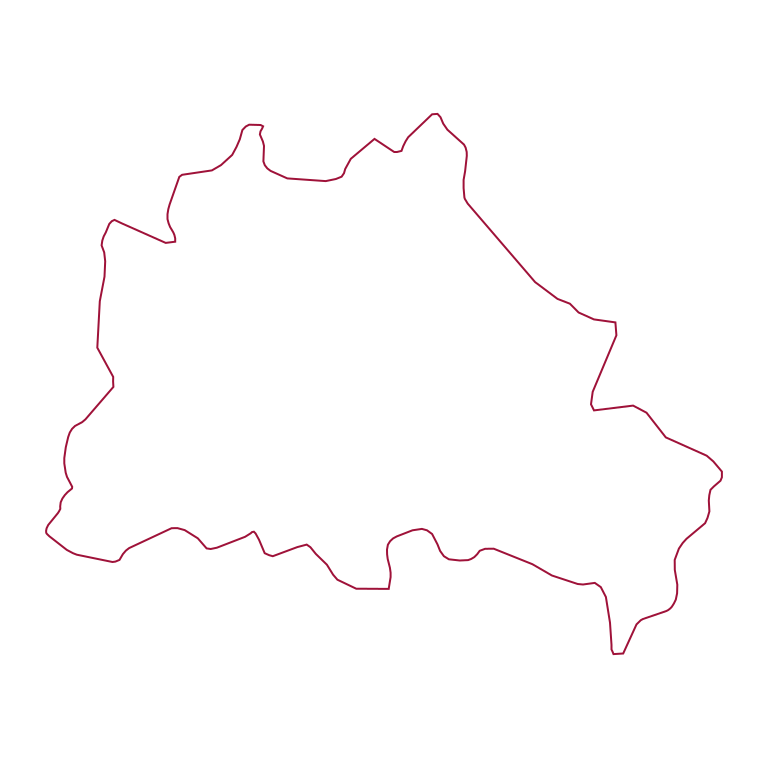 map outline of Berlin (orthographic projection)
{"feature_id": "DEU-1599", "entity_name": "Berlin", "entity_type": "State", "adm_level": 1, "iso_a3": "DEU", "parent_name": "Germany", "parent_adm1": "", "projection": "orthographic", "projection_center": [13.385, 52.503], "detail": "fine", "context": "isolated", "style": "outline", "palette": "rose", "viewbox_px": 768, "rotation_deg": 0, "n_neighbors": 0, "source": "natural_earth", "source_scale": "10m", "svg_char_len": 2734}
<svg xmlns="http://www.w3.org/2000/svg" viewBox="0 0 768 768"><path d="M437.5,113.9L440.5,117.2L443.2,123.6L447.4,129.7L464.0,144.6L465.6,147.6L466.7,152.0L466.8,155.9L465.1,171.3L463.6,179.9L463.6,188.1L464.4,197.4L464.8,198.8L467.7,203.6L535.1,282.1L557.5,298.9L569.9,303.7L578.6,312.5L593.9,319.4L615.4,322.4L616.4,335.3L592.7,391.8L591.0,404.3L594.0,410.4L633.1,405.6L646.5,412.7L665.8,437.4L706.7,455.7L713.3,461.4L721.9,471.6L721.9,477.3L720.5,480.7L713.9,486.4L710.5,489.8L709.3,495.2L708.8,500.5L709.4,511.4L707.5,517.9L705.1,523.2L686.5,538.8L682.7,543.0L678.9,548.6L674.7,559.9L674.8,569.9L677.3,584.7L677.1,593.3L675.8,599.6L673.9,603.5L671.8,606.8L670.3,608.4L668.3,610.0L666.4,611.0L643.0,619.0L640.8,620.2L636.5,624.4L623.2,653.5L613.5,654.1L612.5,651.6L611.5,649.5L611.5,644.9L610.0,622.7L605.9,597.0L600.8,587.1L594.8,582.9L583.0,584.5L577.7,584.0L551.9,575.5L532.4,564.2L493.7,548.7L485.1,548.8L479.7,550.8L477.2,554.2L474.3,557.1L471.1,559.0L468.1,560.1L459.7,560.5L448.9,559.3L443.9,556.2L440.1,550.9L437.5,544.4L432.1,534.0L427.0,530.3L421.9,528.9L412.5,530.3L396.8,536.4L393.1,538.4L390.1,541.2L387.9,544.7L387.0,549.6L387.1,554.4L387.7,559.0L389.9,567.7L390.6,572.7L390.6,577.1L388.7,588.9L356.2,588.7L337.4,579.7L333.1,574.7L326.9,564.7L315.8,553.9L310.4,547.2L306.7,544.6L297.3,547.1L272.8,556.2L269.2,555.2L264.7,553.2L259.0,539.7L255.6,533.5L253.9,531.7L252.0,532.1L250.7,533.3L245.1,536.8L216.9,547.7L210.7,549.0L206.6,548.4L197.8,538.3L184.7,530.1L177.4,528.1L171.6,528.2L129.1,548.1L125.9,550.6L122.9,554.1L119.5,559.9L115.4,561.6L112.5,562.0L76.8,554.7L73.0,553.2L66.8,549.9L49.4,536.3L47.2,534.2L46.5,533.4L46.2,532.6L46.1,530.8L46.6,528.3L48.2,525.0L57.9,513.1L59.0,511.4L60.3,508.9L60.2,506.3L60.7,502.3L62.4,498.5L64.8,495.1L67.5,492.2L72.0,488.5L72.2,486.8L67.0,476.9L65.7,472.7L64.3,463.4L64.3,458.1L65.8,447.2L68.2,437.0L69.8,432.5L72.1,428.8L75.1,425.9L82.2,422.1L85.4,419.4L113.4,386.9L113.1,381.5L113.2,376.9L97.3,347.7L99.8,301.2L104.5,276.7L105.2,261.3L104.2,252.4L101.6,245.4L102.3,240.6L103.7,236.4L105.8,232.4L109.3,223.9L111.8,221.2L114.5,219.9L122.1,223.5L165.7,242.9L175.2,241.7L175.2,238.4L174.4,235.0L173.3,232.4L170.1,227.0L168.6,223.3L167.5,219.1L167.5,214.2L168.3,209.2L169.6,204.5L179.3,176.9L182.1,174.8L211.9,170.4L221.0,165.1L232.2,154.9L236.5,146.9L239.8,139.3L242.4,130.0L245.8,126.5L249.2,124.7L260.6,125.0L263.1,126.3L262.1,128.6L260.5,131.3L259.9,134.5L262.9,141.5L264.0,145.9L263.4,161.4L264.8,165.2L267.3,168.4L270.6,170.9L287.3,178.4L325.7,181.1L335.9,179.0L341.6,176.7L344.0,173.2L345.2,169.0L350.8,158.8L374.5,138.9L394.2,152.0L397.0,152.0L401.5,150.9L403.2,146.2L405.6,141.3L408.2,137.2L432.1,114.3L437.5,113.9Z" fill="none" stroke="#9f1239" stroke-width="2"/></svg>